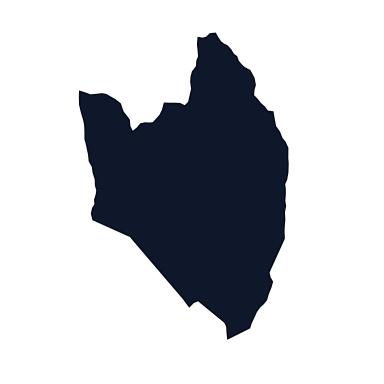 Teodoro Sampaio, Bahia, Brazil, rotated 168°
{"feature_id": "56859067B12292391578023", "entity_name": "Teodoro Sampaio", "entity_type": "district", "adm_level": 2, "iso_a3": "BRA", "parent_name": "Brazil", "parent_adm1": "Bahia", "projection": "equal_earth", "projection_center": [-38.617, -12.264], "detail": "fine", "context": "isolated", "style": "filled", "palette": "ink", "viewbox_px": 384, "rotation_deg": 168, "n_neighbors": 0, "source": "geoboundaries", "source_scale": "gbopen_adm2", "svg_char_len": 1698}
<svg xmlns="http://www.w3.org/2000/svg" viewBox="0 0 384 384"><g transform="rotate(168 192 192)"><path d="M218.5,80.5L213.6,83.7L208.5,84.7L187.0,57.8L185.8,53.1L186.7,47.7L187.4,41.1L164.0,47.2L161.4,51.7L157.6,56.7L153.9,61.7L149.6,65.6L145.4,68.0L141.6,71.2L138.7,76.6L134.9,82.2L132.1,87.5L133.6,92.2L133.6,97.4L111.6,127.3L110.3,134.8L109.1,139.4L107.2,145.6L106.0,153.2L103.6,158.8L103.3,164.0L101.4,170.5L100.3,175.9L100.0,180.4L96.9,184.8L94.3,191.4L92.2,200.0L91.5,205.3L90.5,209.7L89.3,215.1L90.7,221.4L93.0,225.9L94.0,232.3L96.8,238.9L96.6,247.2L96.3,253.5L101.4,255.2L103.4,259.9L106.8,264.5L109.2,269.4L112.0,273.8L110.2,279.4L108.0,283.6L107.8,290.5L110.3,298.9L114.8,302.5L117.4,306.1L119.6,310.3L120.3,315.2L122.9,318.1L124.5,322.8L127.2,327.5L130.1,329.8L132.8,332.8L134.7,337.5L136.2,342.3L141.4,342.9L145.9,340.1L150.1,340.1L153.8,341.7L155.8,335.0L156.4,328.9L157.2,323.1L159.8,319.3L161.2,314.0L166.4,309.5L168.7,305.1L170.2,299.8L170.7,292.9L173.6,286.7L176.5,280.4L181.1,277.5L185.5,280.9L189.7,282.0L195.0,283.1L200.5,284.5L203.8,278.1L207.2,273.8L211.5,270.6L215.6,267.7L219.2,268.0L223.6,269.2L228.0,269.2L232.4,265.8L237.8,263.1L239.3,269.4L238.5,275.6L240.4,279.7L242.9,284.8L243.9,293.1L248.0,298.1L252.1,301.7L255.8,305.1L259.8,306.7L264.7,307.1L271.2,307.9L276.7,311.3L280.9,313.7L282.3,307.8L283.6,300.8L283.4,292.2L282.8,285.3L282.8,280.2L284.0,272.9L285.5,266.1L285.2,261.4L285.2,256.5L285.2,250.1L285.9,243.5L284.0,237.4L284.5,231.5L283.8,224.4L284.9,218.3L284.5,213.6L286.0,209.4L288.7,204.6L289.3,199.9L292.5,196.7L294.7,191.6L294.5,185.5L265.4,164.2L261.6,161.5L251.1,142.0L222.7,89.8L218.5,80.5Z" fill="#0f172a" stroke="#020617" stroke-width="1.5"/></g></svg>